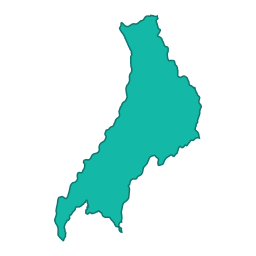 the district of Acará, Pará, Brazil
{"feature_id": "56859067B44974097654288", "entity_name": "Acará", "entity_type": "district", "adm_level": 2, "iso_a3": "BRA", "parent_name": "Brazil", "parent_adm1": "Pará", "projection": "robinson", "projection_center": [-48.473, -2.034], "detail": "fine", "context": "isolated", "style": "filled", "palette": "teal", "viewbox_px": 256, "rotation_deg": 0, "n_neighbors": 0, "source": "geoboundaries", "source_scale": "gbopen_adm2", "svg_char_len": 5809}
<svg xmlns="http://www.w3.org/2000/svg" viewBox="0 0 256 256"><path d="M157.2,16.0L156.6,16.4L154.8,16.4L153.1,15.7L150.6,15.4L150.3,16.1L149.5,16.3L148.2,16.0L146.9,16.1L146.4,16.3L145.5,16.9L145.0,17.3L143.4,19.9L142.7,20.4L140.6,20.9L138.5,22.8L137.2,23.7L136.0,24.1L133.7,23.8L132.3,24.1L130.6,25.1L129.1,26.1L128.5,26.4L127.2,26.6L125.9,26.3L124.2,25.1L122.4,23.1L121.6,22.7L121.1,23.1L121.0,25.7L120.4,26.8L119.9,27.4L119.6,28.2L120.1,29.7L120.5,30.4L121.0,31.0L121.5,32.0L122.5,33.1L124.4,36.1L124.8,36.9L125.1,38.4L125.8,39.4L126.4,41.0L127.1,42.4L128.6,46.0L129.6,47.9L130.1,49.3L131.2,50.9L131.5,51.8L131.7,52.5L131.3,53.0L131.8,53.6L131.7,54.9L130.8,56.7L130.7,57.4L130.8,61.1L130.7,63.0L131.1,65.1L130.9,65.7L131.0,66.4L131.9,68.9L131.6,69.4L131.9,70.6L131.3,72.3L130.9,73.0L130.4,73.5L130.0,74.1L129.7,75.3L129.4,76.1L129.6,80.6L129.2,81.9L128.3,83.8L127.2,85.2L126.7,85.8L126.4,86.8L126.0,88.4L126.1,90.6L126.6,94.0L127.2,96.6L127.0,97.5L126.0,100.0L125.4,101.0L123.5,102.2L122.4,103.2L121.4,106.1L120.4,107.2L119.8,109.2L119.3,110.5L119.0,111.4L119.5,114.3L119.6,115.5L119.1,116.9L116.6,118.8L115.8,119.8L115.4,120.6L115.3,121.4L114.8,122.6L114.1,123.8L114.0,124.5L113.6,125.5L112.4,126.5L111.3,126.8L110.8,127.1L109.8,127.9L108.7,129.4L107.6,129.9L106.4,130.1L106.1,130.5L105.0,133.4L105.0,134.2L105.3,135.1L105.8,135.8L106.1,136.5L106.1,137.1L105.7,138.3L104.9,140.1L104.0,141.2L101.2,142.9L100.4,143.8L99.7,144.8L99.3,146.1L99.1,146.8L99.1,147.6L99.4,149.6L99.1,150.7L98.5,151.9L98.1,152.3L96.9,153.1L93.9,153.9L92.7,154.7L91.9,155.7L91.3,156.7L90.9,157.8L90.1,159.0L89.2,159.6L88.6,159.9L87.5,159.9L86.4,159.6L84.2,160.3L83.8,160.8L83.5,161.9L83.6,162.6L84.7,164.1L84.8,164.7L84.6,167.0L84.3,168.3L83.0,170.4L82.3,172.2L81.7,172.7L81.1,172.8L79.3,172.5L78.3,172.8L77.8,173.2L77.4,174.4L77.3,175.0L77.3,176.3L77.6,178.3L77.5,179.1L76.9,180.3L76.2,181.3L75.7,181.7L74.8,182.3L72.9,182.7L71.7,183.7L71.4,184.2L70.6,185.4L70.4,186.1L69.8,188.6L69.3,191.2L67.8,196.2L66.7,198.3L66.2,198.5L65.1,198.4L63.3,197.1L62.2,196.7L61.7,196.6L59.2,197.4L58.6,198.0L58.1,199.1L57.8,200.5L57.4,203.9L56.5,207.9L56.1,210.5L56.2,211.9L56.4,212.4L56.5,213.0L56.5,214.4L54.9,219.3L54.7,220.5L55.7,223.2L57.1,225.4L57.9,227.4L58.1,228.1L58.2,230.1L58.0,233.8L58.1,235.0L58.8,236.1L60.1,237.7L63.0,240.5L63.5,240.6L64.3,238.1L65.4,236.6L65.5,234.5L65.8,233.2L65.4,232.0L65.0,231.5L64.7,228.6L64.3,228.1L64.2,227.6L64.6,225.6L64.9,224.4L65.9,222.7L66.6,221.8L66.9,221.2L67.0,220.6L67.4,220.2L68.4,220.2L69.2,219.3L69.5,218.7L69.7,218.1L69.5,216.7L69.6,215.9L70.0,215.2L71.1,214.8L72.4,212.7L73.4,211.3L74.4,210.6L75.1,209.5L75.4,208.2L76.0,207.3L76.5,206.8L78.1,207.0L78.6,206.8L79.3,206.9L80.9,206.1L81.4,205.7L81.7,205.2L82.4,204.9L82.8,204.4L83.4,204.2L84.1,203.1L85.0,202.2L85.5,202.2L85.6,201.6L86.1,200.5L86.6,200.2L87.3,200.8L87.5,202.0L87.4,202.8L88.3,205.1L87.8,205.6L88.4,206.9L87.1,207.1L87.0,207.7L87.4,208.5L87.1,209.2L86.0,209.9L85.8,212.7L85.9,213.2L87.2,214.1L87.7,214.0L88.7,213.4L89.4,212.6L90.1,212.5L90.6,212.9L91.1,213.0L91.6,213.5L92.8,213.6L96.0,212.3L96.5,211.8L97.6,211.8L98.5,210.8L99.0,211.0L99.8,211.8L100.4,212.1L101.2,212.9L101.7,213.1L102.6,215.6L103.4,216.4L104.6,217.1L105.2,217.2L108.1,217.4L109.2,217.2L110.0,217.8L111.4,219.9L113.0,221.3L113.2,221.9L113.7,222.5L114.2,222.8L114.6,224.1L115.8,226.2L116.3,226.6L117.5,226.7L118.3,227.0L118.8,227.4L119.3,228.6L119.1,229.9L119.8,231.1L120.6,231.9L121.8,232.2L121.2,229.4L121.5,228.8L121.0,228.0L119.8,227.3L119.4,226.9L118.8,225.8L118.8,225.1L119.1,223.7L119.8,222.7L120.4,222.2L121.0,222.0L121.5,222.1L121.6,221.1L121.4,220.3L121.7,219.4L121.9,217.9L121.3,211.8L122.9,204.2L123.8,202.8L126.7,200.6L128.3,198.7L128.6,198.1L128.9,196.0L129.0,194.3L129.5,189.7L129.2,187.6L128.4,186.2L128.4,185.4L128.9,185.3L129.5,184.8L130.1,182.1L130.6,180.9L131.2,179.9L132.2,179.3L132.9,179.0L133.6,178.9L135.1,179.0L136.2,178.8L136.6,178.4L137.5,176.8L138.0,176.3L140.6,175.0L141.5,174.2L142.2,173.0L142.5,172.2L143.4,167.9L144.1,166.8L146.9,163.7L148.4,160.5L149.1,158.4L149.8,157.3L150.8,156.5L153.2,155.6L154.4,155.4L155.1,155.7L156.0,156.8L158.0,158.5L158.5,159.3L158.6,159.9L158.2,161.1L157.9,162.9L158.0,164.2L158.4,165.2L158.9,165.4L161.8,164.6L163.0,163.9L163.3,163.5L164.1,161.3L164.7,160.1L165.8,158.5L166.3,158.0L170.5,155.1L171.1,155.0L172.3,155.2L173.0,156.1L173.5,156.4L174.0,156.4L175.6,154.3L177.0,153.3L178.6,148.1L179.3,146.9L179.9,146.4L180.7,146.8L181.8,147.6L182.4,147.6L183.1,147.4L183.9,146.6L184.8,145.3L185.3,145.1L186.6,145.7L187.2,145.4L187.5,144.7L190.9,140.4L191.5,140.2L192.7,140.4L193.4,140.3L195.5,138.3L196.2,137.9L197.7,137.7L199.4,138.1L198.9,136.0L198.7,134.3L197.9,132.6L197.4,131.8L196.6,131.2L195.2,129.7L195.2,128.9L195.3,128.0L195.5,127.2L196.2,125.8L196.0,124.3L197.6,122.4L197.5,120.4L197.8,119.5L198.4,117.9L199.8,113.3L199.7,111.1L200.3,109.0L201.3,106.8L201.2,106.2L200.9,105.3L199.0,102.7L198.8,101.4L199.5,98.8L199.6,97.2L199.1,96.5L197.6,95.3L196.9,93.1L196.5,92.6L195.8,91.3L194.8,87.6L194.0,88.1L193.5,87.7L193.1,87.1L192.6,86.8L191.5,85.9L190.7,85.6L189.5,85.2L189.1,83.9L188.8,81.6L188.1,80.7L187.3,78.3L186.8,77.7L186.3,77.2L184.7,76.2L184.0,76.1L183.0,76.2L180.6,77.5L180.0,77.4L178.0,76.5L177.7,75.7L177.8,71.3L177.8,70.7L177.5,69.7L177.3,67.8L176.6,66.0L175.2,64.7L174.5,61.4L174.0,60.8L173.4,60.6L170.3,60.4L169.3,60.9L168.8,60.7L168.3,60.0L167.6,58.0L167.3,55.7L167.2,53.2L168.0,52.0L168.2,49.3L168.1,48.1L167.7,47.4L167.2,47.0L165.5,46.5L164.6,45.8L164.0,44.7L163.9,44.0L163.2,42.1L162.1,40.0L162.0,39.4L161.6,38.5L160.6,37.5L159.8,37.1L158.1,36.4L157.6,35.9L157.6,35.1L159.4,32.4L160.3,30.3L160.1,29.5L159.5,29.3L158.8,28.9L158.1,27.8L156.9,23.3L156.1,21.1L156.2,20.2L156.9,19.4L157.4,19.2L157.9,18.5L157.5,17.7L157.2,16.0Z" fill="#14b8a6" stroke="#0f766e" stroke-width="1.5"/></svg>